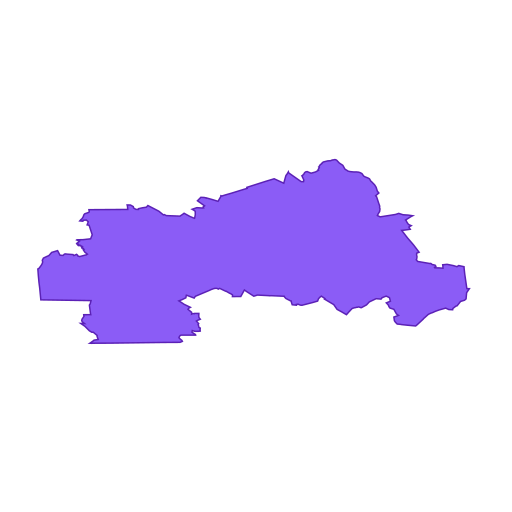 Lībagu pag., Talsi, Latvia (Equal Earth projection), rotated 6°
{"feature_id": "27541924B65314964158479", "entity_name": "Lībagu pag.", "entity_type": "district", "adm_level": 2, "iso_a3": "LVA", "parent_name": "Latvia", "parent_adm1": "Talsi", "projection": "equal_earth", "projection_center": [22.565, 57.178], "detail": "fine", "context": "isolated", "style": "filled", "palette": "violet", "viewbox_px": 512, "rotation_deg": 6, "n_neighbors": 0, "source": "geoboundaries", "source_scale": "gbopen_adm2", "svg_char_len": 5919}
<svg xmlns="http://www.w3.org/2000/svg" viewBox="0 0 512 512"><g transform="rotate(6 256 256)"><path d="M324.1,151.9L322.1,152.6L321.8,152.5L320.7,153.2L319.9,153.5L317.4,153.9L313.0,155.5L312.0,156.8L311.8,157.1L311.7,157.0L311.2,157.7L310.0,159.0L309.4,160.6L309.1,160.9L309.7,161.4L308.7,163.7L309.2,164.2L306.4,166.2L302.1,167.9L298.0,166.7L296.5,167.2L295.6,168.1L295.4,168.6L295.0,169.6L294.4,170.1L293.8,171.4L293.3,171.5L295.5,175.2L295.6,175.7L295.5,177.1L293.1,177.3L279.8,169.9L279.4,168.9L278.1,171.8L277.9,171.8L277.3,173.1L276.0,180.7L266.0,177.3L257.9,180.7L239.7,188.7L240.2,189.7L237.6,190.7L225.0,196.1L218.8,198.6L216.0,199.8L215.9,199.9L214.8,199.7L214.8,200.5L214.6,201.0L212.5,205.6L207.0,204.5L200.5,203.4L200.5,203.6L198.5,203.2L195.0,203.4L192.0,207.2L199.6,211.5L198.3,212.7L198.4,213.1L198.8,213.6L197.6,213.9L192.4,214.1L191.9,214.2L187.6,216.2L189.2,216.9L189.3,216.9L189.9,217.3L190.9,217.9L191.3,221.4L191.0,224.9L190.9,225.0L186.2,223.6L180.0,221.0L178.6,222.3L176.2,224.3L162.5,225.2L160.6,224.4L159.6,224.8L154.7,221.6L143.2,217.1L141.9,218.9L138.1,219.9L134.2,221.2L134.2,222.0L131.7,222.2L129.2,221.0L128.8,219.7L125.8,218.4L122.5,218.7L123.0,220.1L123.6,223.1L85.0,227.4L85.5,229.1L85.5,229.5L85.3,229.9L84.7,230.3L81.3,231.9L80.9,232.4L80.4,233.3L80.2,234.6L79.6,236.0L79.1,237.0L78.0,238.2L77.1,239.5L80.2,239.5L80.5,238.5L83.6,238.0L85.6,239.5L84.8,242.7L86.8,242.9L90.9,252.0L89.7,256.2L82.4,257.8L76.2,258.6L76.0,258.8L78.9,259.7L78.5,260.2L76.5,262.1L76.9,262.3L77.0,262.5L76.7,262.8L76.9,263.0L77.6,262.7L77.8,262.7L78.1,262.8L78.3,263.1L78.4,263.4L78.3,263.5L77.8,263.5L77.6,263.6L77.8,263.9L78.2,264.2L79.1,264.2L79.4,264.1L79.4,263.7L79.7,263.7L80.2,263.8L80.4,264.1L82.0,264.6L82.1,264.8L81.8,264.9L81.7,265.0L82.1,265.1L81.7,265.4L81.8,265.5L82.2,265.5L82.3,265.8L82.3,266.0L82.0,266.1L82.1,266.3L82.4,266.1L82.6,266.4L83.1,266.5L83.5,266.5L83.6,266.8L83.8,267.0L83.7,267.0L84.0,267.4L83.5,267.8L85.4,270.1L88.1,271.8L87.0,272.7L86.4,272.8L80.7,275.0L79.3,274.7L78.7,274.5L78.6,274.3L78.5,273.9L77.4,273.1L74.8,274.6L73.9,273.7L67.6,273.9L66.4,273.8L66.0,274.0L65.3,274.1L64.1,275.6L61.0,275.7L58.1,271.4L52.4,273.8L50.0,277.2L47.7,278.5L44.8,280.3L43.9,282.6L44.4,284.0L44.4,285.1L44.0,286.3L43.4,287.7L41.5,290.9L40.4,291.7L41.6,298.4L42.9,304.8L44.3,310.8L46.6,322.1L96.6,317.6L96.1,321.0L95.5,322.0L95.5,322.6L97.5,330.8L97.8,331.6L90.8,332.4L91.2,334.1L89.6,337.0L89.4,338.4L90.0,339.5L92.5,341.1L88.8,341.4L93.2,343.8L98.1,347.8L100.7,349.0L102.1,348.8L106.0,351.4L106.2,351.5L106.3,351.7L106.2,351.8L106.4,352.7L107.8,355.5L103.7,356.6L103.2,357.2L101.4,358.8L101.4,359.0L101.0,359.2L99.9,360.1L101.9,360.0L102.0,359.9L120.9,357.8L173.3,351.6L189.5,349.8L191.7,348.6L191.1,347.7L189.7,346.8L188.6,346.0L188.1,345.5L187.9,345.3L188.0,344.9L188.3,344.0L189.0,342.9L189.4,342.7L190.0,342.5L204.2,341.0L204.0,340.4L203.8,340.4L200.3,338.5L200.4,336.8L203.1,337.3L206.8,336.9L208.4,336.5L208.1,335.3L208.1,333.5L206.7,333.0L206.2,331.4L205.6,330.3L206.1,329.3L203.5,326.9L204.6,326.1L207.2,324.7L205.7,323.2L205.2,320.9L205.3,320.9L205.2,319.1L200.9,319.5L200.6,319.9L199.3,319.8L198.1,320.5L198.2,319.7L197.7,319.1L197.7,318.6L193.9,316.1L194.5,315.0L196.1,313.9L189.4,311.5L187.6,310.5L184.0,308.7L187.1,307.1L190.6,304.9L190.8,302.3L191.2,302.3L198.9,304.3L199.1,303.7L200.1,302.3L213.0,295.2L215.0,294.0L217.5,292.8L218.0,292.7L218.3,292.5L220.8,292.2L220.6,292.3L221.3,292.5L221.9,292.9L223.0,292.1L223.3,292.0L229.2,294.1L230.0,294.3L230.1,294.2L233.4,295.7L234.6,296.1L236.6,297.0L236.8,298.0L236.8,298.8L245.1,297.9L248.0,291.0L250.1,292.2L258.0,296.2L259.2,295.7L261.5,294.7L272.8,294.1L274.1,294.1L274.8,293.9L288.3,293.1L288.5,293.6L290.1,295.1L295.2,297.1L295.7,297.1L296.2,298.7L297.1,300.7L301.3,300.7L301.1,300.0L302.8,299.5L305.1,300.2L306.8,300.2L317.1,296.4L322.0,294.4L322.6,292.0L323.8,290.4L325.2,289.1L329.0,291.1L328.6,291.7L338.4,296.2L342.2,300.6L347.0,302.6L352.1,304.9L354.8,301.1L355.3,300.6L355.5,300.1L356.0,299.6L356.7,298.7L356.8,298.5L356.9,298.4L357.4,298.0L359.8,297.0L360.2,297.0L361.2,296.6L361.5,296.4L362.2,296.4L363.3,295.9L364.0,296.0L365.5,296.4L366.1,296.4L366.5,296.2L366.9,295.9L371.0,293.1L373.5,289.8L378.6,286.7L379.9,285.9L384.7,285.8L385.1,285.6L385.7,284.3L389.4,282.4L389.8,282.3L393.1,283.5L394.4,286.9L390.5,289.0L392.6,290.8L393.6,292.6L394.7,293.8L398.7,294.6L401.7,298.9L403.9,300.2L399.5,302.3L400.4,305.9L401.6,307.3L403.5,308.9L407.1,308.9L408.0,309.0L413.9,309.0L422.1,308.9L423.4,307.6L428.9,301.3L429.3,300.6L430.1,299.8L433.5,296.0L436.0,294.5L437.4,293.9L440.1,292.3L443.8,290.5L450.1,288.0L453.3,289.1L457.2,288.9L457.3,287.6L460.0,285.0L461.2,284.5L464.2,279.8L468.0,278.2L469.4,276.7L469.3,270.5L471.6,266.2L469.1,266.4L465.5,252.2L464.3,246.7L464.0,244.9L458.6,244.3L457.0,245.6L453.3,244.9L446.9,244.3L442.6,245.2L443.0,246.9L443.2,248.6L439.3,248.7L435.1,249.1L434.7,248.6L436.0,247.7L435.7,247.1L435.3,246.5L433.8,246.2L432.2,246.1L430.6,245.1L429.7,245.3L417.3,244.5L415.8,243.0L416.1,242.4L416.2,239.9L415.8,238.8L415.6,237.9L415.5,236.4L417.8,235.2L411.7,228.7L409.2,226.3L404.8,222.2L398.2,215.3L400.7,214.8L406.6,213.3L405.1,211.4L405.3,210.8L406.1,210.4L407.2,209.6L404.7,208.8L404.0,208.3L402.5,206.5L401.7,205.2L401.0,204.6L405.9,200.7L407.6,199.6L403.0,199.4L397.9,199.6L393.5,198.7L390.4,200.1L375.4,204.1L372.5,203.1L373.1,201.3L374.3,198.9L374.4,196.2L373.9,195.2L373.8,193.4L372.2,190.0L369.8,184.6L368.7,183.6L371.6,180.5L369.9,178.8L368.3,175.1L366.5,172.8L363.0,169.9L362.4,169.6L360.8,167.4L359.2,166.7L356.3,165.9L355.2,165.5L354.4,164.9L353.1,163.3L352.4,162.8L350.8,162.2L349.3,161.9L347.0,161.9L344.7,162.2L343.9,162.2L340.7,162.2L339.0,162.0L338.3,161.8L337.3,161.2L336.1,160.7L335.2,160.1L333.9,158.2L333.2,157.2L332.9,156.8L332.6,156.6L329.1,154.8L327.0,153.0L326.6,152.6L326.0,152.2L325.1,151.9L324.1,151.9Z" fill="#8b5cf6" stroke="#5b21b6" stroke-width="1.5"/></g></svg>